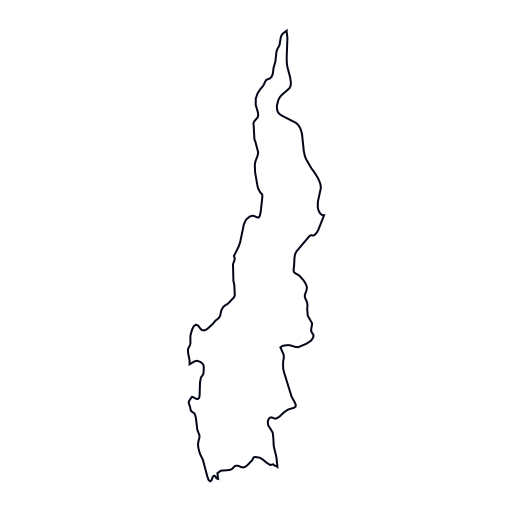 Sulawesi Barat, Equal Earth projection
{"feature_id": "IDN-1237", "entity_name": "Sulawesi Barat", "entity_type": "Province", "adm_level": 1, "iso_a3": "IDN", "parent_name": "Indonesia", "parent_adm1": "", "projection": "equal_earth", "projection_center": [119.342, -2.204], "detail": "fine", "context": "isolated", "style": "outline", "palette": "ink", "viewbox_px": 512, "rotation_deg": 0, "n_neighbors": 0, "source": "natural_earth", "source_scale": "10m", "svg_char_len": 3515}
<svg xmlns="http://www.w3.org/2000/svg" viewBox="0 0 512 512"><path d="M277.4,466.9L276.8,466.4L274.3,465.4L273.2,464.3L270.3,465.0L266.7,462.8L263.0,459.7L259.8,457.7L255.5,457.0L253.8,457.3L253.1,458.3L252.2,460.2L247.4,465.2L245.5,466.7L243.0,467.5L241.0,467.0L239.0,466.1L236.8,465.6L234.7,466.2L231.9,469.1L229.6,470.0L220.8,470.7L217.4,473.2L218.1,478.9L216.6,478.4L215.0,476.1L213.9,475.7L212.9,476.7L211.4,480.5L210.1,481.3L208.6,480.0L207.4,476.8L202.9,459.8L200.3,454.5L199.1,451.1L198.3,447.5L198.0,444.2L198.5,441.0L199.3,438.3L199.5,435.5L197.3,429.7L196.0,418.7L195.2,415.2L194.6,413.7L193.5,412.7L192.1,411.9L190.9,410.7L190.4,408.6L190.1,407.0L189.0,403.8L188.7,401.9L189.2,400.8L191.3,397.6L192.0,396.8L193.0,397.1L195.9,398.7L197.5,399.1L199.0,398.1L199.6,395.7L200.0,382.5L200.9,377.6L203.2,374.4L203.6,372.1L203.8,367.6L203.5,365.5L202.9,364.1L201.9,363.1L200.5,362.0L197.3,360.8L194.7,361.3L189.6,364.3L189.6,360.5L188.2,353.5L187.9,350.1L188.3,348.4L190.0,345.1L190.4,343.3L190.4,336.0L191.0,333.2L192.2,329.4L193.8,326.1L195.9,324.7L198.2,325.7L199.9,328.0L201.8,330.1L204.6,330.4L207.1,329.1L212.4,324.3L215.3,320.8L218.0,318.7L219.3,317.4L220.1,315.8L221.4,310.1L223.3,306.9L225.4,305.2L227.7,303.9L234.1,297.2L234.8,295.2L234.3,284.9L233.4,280.9L233.0,264.5L233.5,262.7L234.4,260.5L234.8,258.2L233.9,256.0L238.4,247.1L240.1,242.4L243.9,224.2L246.1,219.6L249.8,216.5L252.6,215.7L254.6,216.2L256.4,217.1L258.6,217.6L259.8,215.9L260.7,211.8L262.3,197.4L262.3,195.1L262.1,194.2L261.4,193.7L260.2,192.3L258.5,189.3L257.6,186.6L255.1,172.4L254.8,165.3L255.3,161.7L257.6,155.6L258.2,152.4L255.2,141.1L254.4,139.3L253.7,125.7L253.5,124.7L253.4,123.7L253.9,121.9L254.8,120.7L257.6,117.4L258.2,115.7L257.9,112.4L255.7,104.9L255.8,98.5L257.6,93.3L260.3,89.2L263.1,85.9L264.0,84.2L265.0,82.0L266.2,80.0L267.8,79.2L269.9,78.5L271.6,76.7L272.8,73.9L273.6,67.6L275.4,61.5L276.4,52.1L277.3,49.2L278.6,46.9L279.6,44.7L280.7,37.8L281.6,35.1L283.1,33.4L286.6,30.7L286.6,31.1L287.4,38.0L286.7,57.1L286.8,62.6L287.3,66.6L290.2,77.6L290.9,82.9L290.6,85.8L289.4,88.3L281.8,94.9L279.9,97.1L278.3,100.1L276.9,105.5L277.0,109.3L277.9,112.2L279.5,114.0L281.6,115.5L295.8,122.8L297.6,124.3L299.4,126.6L300.7,129.4L302.0,133.9L303.8,151.1L304.7,155.4L305.9,158.8L311.3,168.2L314.5,172.5L317.9,178.0L319.9,182.6L320.7,185.6L320.8,188.3L319.8,192.8L317.9,201.5L317.8,203.9L317.8,207.4L318.4,210.0L319.5,212.5L320.8,214.1L321.9,214.9L324.1,215.2L318.2,230.1L316.8,232.5L315.3,234.3L313.8,235.4L312.4,235.5L311.1,235.2L309.5,236.0L296.4,251.5L295.0,254.4L294.5,257.6L294.1,265.6L293.7,268.6L293.6,270.8L294.0,272.2L295.3,273.3L298.1,274.8L299.6,275.9L303.8,280.7L305.6,283.7L306.5,285.7L306.9,287.7L306.5,290.4L304.9,294.7L304.8,296.5L305.2,298.2L306.4,300.6L307.1,302.5L307.5,305.1L307.2,309.2L307.7,315.5L312.1,323.4L311.9,325.2L311.3,328.4L311.1,330.3L311.5,331.9L312.3,333.3L313.1,334.3L313.5,335.5L313.4,336.8L312.4,338.8L311.1,340.6L306.3,343.8L298.2,347.2L295.2,346.9L290.5,345.4L288.2,345.1L285.9,345.3L282.6,345.9L280.4,347.3L283.6,354.5L283.8,356.4L283.7,358.5L283.1,361.8L283.1,365.4L283.2,368.5L283.8,371.6L291.6,396.7L295.0,402.9L295.8,405.1L295.5,406.8L293.9,407.8L288.5,409.4L286.1,410.8L283.5,412.7L279.5,416.6L277.2,418.0L275.5,418.7L274.3,418.4L272.3,417.6L271.2,417.4L270.0,417.7L268.9,418.7L268.0,420.5L267.8,422.2L268.0,424.3L268.5,425.8L271.6,430.7L272.5,432.3L272.8,433.1L273.4,439.2L273.7,445.4L274.1,447.7L276.4,457.2L277.4,466.8L277.4,466.9Z" fill="none" stroke="#020617" stroke-width="2"/></svg>